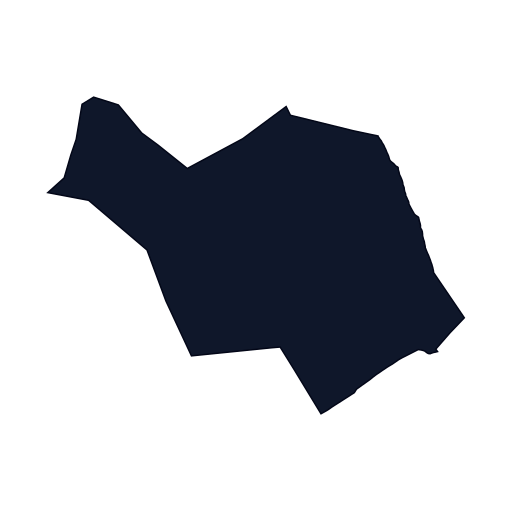 Altanshiree, Dornogovi, Mongolia (Mercator projection), rotated 275°
{"feature_id": "93677404B41959814318318", "entity_name": "Altanshiree", "entity_type": "district", "adm_level": 2, "iso_a3": "MNG", "parent_name": "Mongolia", "parent_adm1": "Dornogovi", "projection": "mercator", "projection_center": [110.515, 45.523], "detail": "fine", "context": "isolated", "style": "filled", "palette": "ink", "viewbox_px": 512, "rotation_deg": 275, "n_neighbors": 0, "source": "geoboundaries", "source_scale": "gbopen_adm2", "svg_char_len": 3188}
<svg xmlns="http://www.w3.org/2000/svg" viewBox="0 0 512 512"><g transform="rotate(275 256 256)"><path d="M104.5,334.5L108.1,339.8L109.6,341.8L112.1,344.7L113.9,347.0L115.5,349.1L118.8,353.4L120.6,355.7L122.9,358.7L124.5,360.8L126.8,363.7L127.9,365.2L128.3,365.7L128.9,366.1L129.7,366.5L131.3,367.3L132.6,368.2L133.6,369.5L136.6,372.9L137.8,374.4L139.9,376.8L141.4,378.6L142.6,380.0L144.4,381.9L145.7,383.2L146.3,383.9L147.8,385.5L149.4,387.4L150.4,388.7L151.4,389.9L153.1,391.9L154.2,393.3L155.0,394.3L155.9,395.4L156.8,396.5L159.0,399.5L160.2,401.2L165.1,407.1L167.7,410.9L168.9,412.9L174.4,421.7L176.9,425.7L176.8,428.6L176.4,431.0L176.0,432.4L174.8,434.2L174.4,434.9L174.0,435.8L173.8,436.6L173.8,437.2L173.8,438.0L174.4,439.1L175.4,441.4L175.8,442.9L176.6,445.2L178.9,443.2L196.6,456.1L212.6,468.9L254.9,434.4L256.9,434.0L258.1,433.6L260.1,433.0L261.8,432.3L262.5,432.1L263.2,431.8L265.0,430.9L266.3,430.4L267.4,429.9L270.0,428.6L271.5,427.9L273.9,426.5L274.9,426.0L276.4,425.2L276.9,424.9L277.1,424.8L277.3,424.8L277.5,424.8L277.6,424.7L278.2,424.3L278.7,424.0L278.8,423.9L279.9,423.8L280.7,423.6L281.8,423.3L282.5,423.0L283.0,422.9L283.4,422.8L283.9,422.7L285.0,422.4L286.2,421.9L287.2,421.4L288.4,421.0L289.8,420.5L290.5,420.3L291.3,420.1L291.9,420.1L292.5,420.0L293.1,419.9L293.9,419.7L294.6,419.6L295.5,419.2L296.3,418.9L297.0,418.4L297.5,418.0L297.9,417.8L298.4,417.5L298.8,417.3L299.4,417.3L300.9,417.2L301.5,417.0L302.2,416.8L303.1,416.5L304.8,415.8L305.4,415.6L305.8,415.4L306.5,415.3L307.3,415.0L308.1,414.8L308.6,414.6L309.0,414.2L309.2,413.9L310.3,411.8L311.0,410.8L311.5,410.2L311.9,409.8L312.3,409.6L313.2,409.0L314.0,408.4L315.2,407.6L316.4,406.8L317.4,406.1L318.1,405.7L318.7,405.3L319.3,404.9L319.8,404.6L320.3,404.3L320.6,404.1L320.9,403.9L321.2,403.8L321.6,403.7L322.4,403.6L323.0,403.4L323.4,403.3L323.8,403.0L324.2,402.9L324.4,402.7L324.9,402.4L325.6,402.0L326.4,401.6L327.5,401.0L328.1,400.7L328.5,400.3L329.0,400.1L329.4,399.9L329.8,399.8L330.1,399.8L330.7,399.7L331.2,399.5L331.8,399.2L332.4,398.9L333.0,398.6L333.6,398.4L334.6,398.1L337.0,397.6L337.9,397.2L338.4,396.9L339.1,396.6L339.8,396.2L340.2,396.1L340.6,396.0L341.4,395.9L342.4,395.6L343.2,395.3L344.2,394.9L345.4,394.3L347.8,393.0L349.4,392.0L349.9,391.8L350.5,391.6L351.2,391.4L351.6,391.3L352.0,391.2L352.6,390.9L353.0,390.8L353.4,390.6L354.2,390.3L355.2,390.1L355.7,390.0L356.0,390.0L356.4,389.9L356.6,389.8L356.8,389.6L357.0,389.3L357.3,388.7L357.6,387.9L357.9,387.4L358.3,386.9L359.6,385.6L360.4,384.6L360.8,383.8L361.5,382.9L361.9,382.2L362.6,381.5L362.9,381.1L363.5,380.8L364.1,380.5L365.4,380.0L367.0,379.4L369.1,378.3L370.7,377.3L371.4,377.0L372.4,376.5L373.6,375.9L375.0,375.0L376.3,374.3L377.4,373.7L378.2,373.1L379.0,372.5L379.8,371.8L380.5,371.4L380.9,371.2L381.4,370.9L382.0,370.4L382.5,369.9L383.1,369.3L384.0,368.6L384.8,368.0L385.5,367.4L385.9,367.1L386.2,367.1L389.3,341.7L399.2,278.0L407.5,273.0L371.7,232.6L337.2,179.9L357.9,148.8L368.5,131.5L394.5,105.7L400.1,80.4L392.0,69.5L356.5,66.7L340.7,62.8L317.1,58.1L301.0,43.1L296.9,84.4L252.5,146.9L203.3,170.2L150.9,200.4L165.9,279.3L167.4,288.0L145.8,304.2L104.5,334.5Z" fill="#0f172a" stroke="#020617" stroke-width="1.5"/></g></svg>